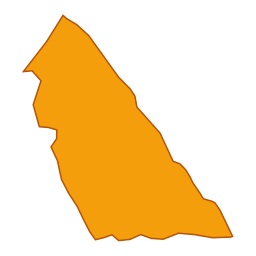 Xaçmaz, Albers equal-area conic projection
{"feature_id": "AZE-1730", "entity_name": "Xaçmaz", "entity_type": "District", "adm_level": 1, "iso_a3": "AZE", "parent_name": "Azerbaijan", "parent_adm1": "", "projection": "albers", "projection_center": [48.76, 41.597], "detail": "fine", "context": "isolated", "style": "filled", "palette": "amber", "viewbox_px": 256, "rotation_deg": 0, "n_neighbors": 0, "source": "natural_earth", "source_scale": "10m", "svg_char_len": 698}
<svg xmlns="http://www.w3.org/2000/svg" viewBox="0 0 256 256"><path d="M23.4,71.6L46.6,41.6L63.0,15.4L66.5,18.5L76.9,24.8L88.8,35.7L118.6,77.2L130.2,89.0L134.9,96.1L136.9,107.1L160.1,133.2L173.1,161.3L179.9,163.8L185.7,169.8L190.0,176.8L192.8,182.7L200.7,194.3L202.1,197.0L203.8,198.9L212.3,201.4L215.1,203.0L220.2,210.6L232.6,236.4L230.6,237.1L212.4,237.7L194.6,234.6L178.6,233.2L163.2,239.2L151.3,238.4L140.7,234.6L129.9,239.4L118.8,240.6L112.0,234.8L104.0,237.6L95.4,239.7L89.6,231.5L83.3,219.1L77.2,206.4L68.5,193.0L61.5,179.4L57.4,160.5L51.0,146.9L56.6,138.8L56.8,129.9L48.5,127.5L39.3,126.7L33.2,104.7L41.0,80.8L32.1,70.8L23.4,71.6Z" fill="#f59e0b" stroke="#b45309" stroke-width="1.5"/></svg>